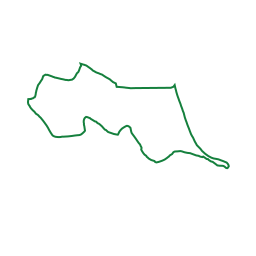 Rashid, Al Buhayrah, Egypt (Robinson projection), rotated 141°
{"feature_id": "37247803B15072818430421", "entity_name": "Rashid", "entity_type": "district", "adm_level": 2, "iso_a3": "EGY", "parent_name": "Egypt", "parent_adm1": "Al Buhayrah", "projection": "robinson", "projection_center": [30.428, 31.379], "detail": "fine", "context": "isolated", "style": "outline", "palette": "green", "viewbox_px": 256, "rotation_deg": 141, "n_neighbors": 0, "source": "geoboundaries", "source_scale": "gbopen_adm2", "svg_char_len": 4583}
<svg xmlns="http://www.w3.org/2000/svg" viewBox="0 0 256 256"><g transform="rotate(141 128 128)"><path d="M187.3,213.2L187.7,212.8L189.5,211.0L190.4,209.4L190.6,207.8L190.6,206.8L190.8,206.4L191.0,204.4L190.9,202.6L190.8,201.4L190.5,199.8L190.5,198.3L190.6,197.2L190.3,196.3L190.0,195.4L189.7,194.3L189.7,192.6L189.5,191.6L189.4,190.8L189.4,187.3L189.5,184.7L189.6,183.2L189.7,181.2L190.1,178.2L190.5,176.4L190.8,174.4L191.0,173.2L191.1,172.1L191.3,170.0L191.1,169.0L190.6,167.9L189.8,166.7L188.3,165.2L187.3,164.3L186.4,163.7L186.2,163.5L184.8,162.8L183.8,162.0L180.3,159.5L179.4,158.9L179.1,158.7L176.6,157.1L174.2,155.7L172.0,154.3L170.4,153.2L169.5,152.8L168.4,152.5L166.6,152.5L164.0,152.7L163.1,153.0L162.7,153.7L161.7,155.4L160.8,156.9L160.2,158.3L159.6,158.9L158.7,160.5L157.6,161.7L156.5,162.5L156.4,162.5L155.3,163.0L154.6,163.0L153.6,163.0L153.1,162.5L152.5,161.6L152.2,161.0L151.3,159.5L151.3,158.8L150.6,156.9L150.3,156.1L149.6,154.0L149.3,153.6L148.9,153.2L148.8,152.9L148.7,152.6L148.7,151.8L148.6,150.9L148.0,149.8L147.7,148.8L147.2,145.8L147.1,142.9L147.0,141.3L146.4,140.3L146.2,138.8L146.0,137.5L145.3,136.3L144.4,134.9L142.8,132.3L141.1,130.3L140.1,129.2L139.8,129.3L139.0,129.6L138.3,130.0L137.0,130.6L134.8,131.1L132.9,131.3L130.8,131.1L128.9,130.8L127.7,130.5L127.3,130.2L126.8,129.6L126.5,129.0L126.5,128.9L126.4,128.8L126.2,128.2L126.1,127.5L126.0,126.6L126.3,126.0L127.1,124.5L127.9,122.9L128.3,121.8L128.4,120.1L128.5,117.5L128.7,114.3L128.9,112.2L129.1,109.6L129.0,107.6L129.5,106.0L129.7,104.7L130.0,104.0L131.3,102.9L131.6,101.5L131.9,99.0L131.9,96.8L131.6,95.9L131.3,94.9L131.5,94.3L131.5,93.5L131.2,92.4L131.2,91.6L131.0,90.9L130.1,88.5L128.9,86.7L128.2,85.7L128.3,84.9L128.2,84.3L127.5,83.3L126.0,82.6L125.7,82.4L122.1,81.1L119.4,80.4L116.7,80.2L115.3,80.2L114.0,80.1L112.9,80.4L110.1,80.0L108.0,80.6L107.2,80.5L106.3,80.2L104.1,78.6L102.4,77.5L101.8,77.1L101.3,76.5L100.8,75.9L100.5,75.4L100.0,74.6L99.3,73.5L97.5,71.3L95.6,69.4L92.2,63.7L90.5,61.8L90.5,61.5L89.8,60.2L88.4,58.5L87.6,58.5L86.9,56.4L86.4,54.5L85.4,53.4L85.4,52.5L85.3,52.1L84.6,49.9L83.5,48.4L83.3,47.6L82.6,44.9L82.1,42.7L80.5,41.0L79.1,39.8L78.1,38.9L77.9,38.6L77.6,38.1L77.3,37.4L77.1,36.3L76.9,35.2L76.4,34.6L76.1,34.3L75.3,34.3L73.7,34.9L73.2,36.1L73.1,36.8L73.0,37.4L73.1,39.1L74.3,41.3L74.7,42.1L76.3,44.7L76.6,45.3L77.5,46.8L79.0,48.6L80.6,50.4L81.6,52.0L81.9,52.5L83.3,55.8L83.4,56.3L83.9,58.1L84.3,59.6L84.4,60.4L84.9,63.6L84.8,66.3L85.3,71.3L84.9,73.4L84.6,75.4L83.5,79.6L83.3,81.4L82.9,83.5L81.8,86.9L81.0,89.2L80.5,90.9L79.7,93.4L78.8,95.8L78.5,96.8L78.3,97.4L77.2,100.4L76.0,103.0L75.2,104.7L74.6,106.8L73.8,108.8L73.3,110.3L72.8,111.9L72.2,113.3L71.6,115.1L71.3,116.1L70.8,117.6L70.3,118.9L69.7,120.7L69.0,122.6L67.7,125.7L67.0,127.1L66.2,129.0L64.7,132.0L65.9,131.7L66.9,131.5L68.1,131.9L69.1,132.2L69.5,132.4L69.8,132.6L70.3,133.0L77.2,138.5L96.8,154.1L98.6,155.5L99.8,156.4L101.3,157.6L101.4,157.8L104.3,160.7L105.2,161.7L106.6,163.1L108.1,164.5L109.0,165.4L110.0,166.3L110.9,167.1L109.8,169.5L109.4,170.3L110.6,172.8L110.8,173.2L110.8,173.5L111.1,174.8L111.3,175.9L111.4,176.8L111.5,177.1L111.6,177.5L112.3,179.3L112.9,180.7L113.5,182.3L113.6,182.8L114.1,184.2L114.4,185.4L114.6,185.9L115.3,187.0L115.5,187.3L116.2,188.7L116.4,189.1L117.2,190.3L117.4,190.7L118.1,192.0L118.2,192.6L119.2,194.9L119.3,196.4L119.4,196.6L119.8,198.3L120.5,200.7L120.9,202.2L121.2,203.0L121.4,203.3L122.1,204.4L122.3,204.8L122.9,205.5L123.2,206.0L123.5,206.5L123.8,206.9L124.0,207.2L124.4,207.8L124.6,207.2L125.0,206.4L125.4,205.8L127.0,205.3L128.6,204.3L129.4,203.8L131.1,202.9L131.4,202.8L132.3,202.7L133.2,202.7L134.9,202.0L137.0,201.1L138.4,200.8L139.4,200.6L139.7,200.7L141.1,200.8L142.1,201.4L142.4,201.6L142.6,201.7L143.2,202.0L143.5,202.2L144.1,202.5L144.8,203.2L145.0,203.5L145.5,204.0L146.4,204.8L146.6,205.1L147.9,206.8L149.1,208.2L150.0,209.4L151.0,210.7L151.7,211.6L151.9,211.8L152.2,212.3L153.0,213.1L153.4,213.9L153.6,214.3L153.9,214.6L154.3,215.4L154.8,216.3L155.2,216.9L155.6,217.6L156.1,218.4L156.6,219.2L157.0,219.9L157.9,220.6L158.6,221.4L160.9,221.7L161.1,221.7L161.7,221.4L162.4,221.0L162.6,220.8L162.9,220.6L163.3,220.4L163.9,220.0L164.5,219.8L166.2,219.3L167.0,219.0L167.7,218.8L168.5,218.5L168.9,218.4L169.8,218.2L170.6,218.0L170.9,217.9L171.6,217.5L172.3,217.0L172.7,216.8L174.0,215.9L175.3,215.0L176.0,214.5L176.5,214.0L177.4,213.4L178.4,212.4L179.4,211.6L180.4,210.9L180.8,210.8L181.2,210.6L181.9,210.9L182.4,210.9L182.9,210.9L183.1,210.9L183.6,211.1L183.8,211.2L184.9,211.7L185.1,211.6L187.3,213.2Z" fill="none" stroke="#15803d" stroke-width="2"/></g></svg>